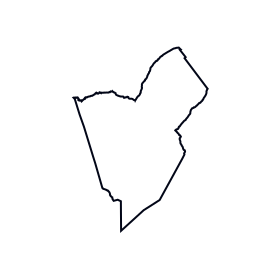 the district of Arrecifes, Buenos Aires, Argentina, rotated 207°
{"feature_id": "61730980B34566458401394", "entity_name": "Arrecifes", "entity_type": "district", "adm_level": 2, "iso_a3": "ARG", "parent_name": "Argentina", "parent_adm1": "Buenos Aires", "projection": "equal_earth", "projection_center": [-60.001, -34.007], "detail": "fine", "context": "isolated", "style": "outline", "palette": "ink", "viewbox_px": 256, "rotation_deg": 207, "n_neighbors": 0, "source": "geoboundaries", "source_scale": "gbopen_adm2", "svg_char_len": 5572}
<svg xmlns="http://www.w3.org/2000/svg" viewBox="0 0 256 256"><g transform="rotate(207 128 128)"><path d="M65.7,130.0L65.9,130.3L66.4,130.7L66.5,131.2L66.4,132.1L66.4,132.6L66.5,133.0L66.8,133.3L67.0,133.6L67.3,133.9L67.6,133.9L68.1,133.8L68.5,133.9L68.7,134.1L69.3,134.4L70.1,135.3L71.0,136.2L72.2,136.7L72.4,136.9L72.6,137.2L72.9,137.4L73.9,137.9L74.5,138.4L75.2,139.8L75.5,140.1L76.2,140.8L76.5,141.0L76.7,141.3L77.0,141.6L77.2,142.1L77.3,142.5L77.2,142.8L77.0,143.0L77.0,143.3L77.1,143.6L77.0,143.8L77.0,144.2L77.5,144.3L77.6,144.5L77.7,144.8L78.2,145.1L78.9,145.1L79.1,145.0L79.3,145.0L79.8,145.4L80.3,145.8L80.6,146.0L81.3,146.0L81.9,146.3L82.3,146.5L82.7,146.6L82.9,146.8L83.2,146.9L83.5,146.9L84.0,147.1L84.8,147.3L84.8,147.5L84.3,148.6L84.1,148.9L83.5,149.3L83.2,149.6L83.0,150.0L83.1,150.6L83.1,150.9L82.9,151.3L83.2,152.0L83.2,152.3L82.6,153.0L82.6,153.6L82.3,155.4L82.2,156.1L82.0,156.5L82.0,156.9L81.8,157.3L81.7,158.0L81.5,158.4L81.4,159.2L81.3,159.5L81.0,160.3L80.8,160.7L80.4,161.0L80.3,161.4L80.3,162.7L80.2,163.0L80.0,163.7L79.9,164.0L79.8,164.5L79.6,166.3L79.6,166.8L79.5,167.2L79.2,168.2L79.1,168.7L79.1,169.2L79.4,169.9L79.8,170.8L79.9,171.6L80.1,172.2L80.1,172.8L79.9,173.9L79.8,174.7L79.0,175.4L78.8,176.2L78.5,176.3L78.2,176.4L77.6,177.4L77.1,178.9L76.8,179.3L76.7,179.6L76.6,180.4L76.4,180.7L76.1,181.6L76.0,182.0L76.0,182.4L75.8,182.7L75.1,183.2L75.0,183.4L75.0,183.9L74.8,184.3L74.7,185.0L74.4,185.4L74.2,186.3L74.2,186.6L74.3,187.0L74.0,187.4L74.0,187.9L74.1,188.2L74.1,189.5L74.0,189.9L73.9,190.3L73.9,190.7L73.8,191.5L73.7,192.1L73.8,193.9L73.9,194.5L74.2,195.3L74.4,195.7L74.8,196.4L74.8,197.2L74.9,197.4L74.9,197.8L74.9,198.2L75.0,198.4L75.0,198.6L75.0,198.9L74.9,199.1L109.3,215.9L108.8,217.3L117.3,221.2L116.7,221.9L119.3,222.7L119.8,222.3L121.0,221.6L121.6,221.1L121.9,220.7L123.4,219.5L123.8,218.9L124.4,218.0L124.7,217.4L125.3,216.6L126.0,215.3L126.3,215.0L126.8,214.3L128.3,211.9L128.7,211.2L129.7,209.6L130.0,209.0L130.2,208.0L130.5,207.5L130.6,207.3L130.8,207.3L130.9,206.9L131.3,206.3L131.5,205.9L131.7,204.6L131.7,204.1L131.8,203.8L131.9,203.6L132.1,203.4L132.4,203.0L132.5,202.5L132.3,202.0L132.5,201.3L132.9,200.7L133.2,200.7L133.7,199.7L133.7,199.2L133.7,198.8L133.8,198.5L134.1,198.1L134.2,197.6L134.4,196.8L134.4,195.9L134.6,194.2L135.1,192.5L135.2,191.5L134.6,190.1L134.4,189.0L134.3,188.3L134.5,187.9L134.6,187.4L134.3,186.5L134.3,186.0L134.5,185.3L134.4,185.1L134.4,184.3L134.5,183.5L134.2,182.7L134.1,181.1L134.1,180.4L134.5,179.3L134.7,179.0L134.6,178.8L134.4,178.1L134.7,177.8L134.7,177.3L134.8,177.0L134.9,176.7L135.1,176.1L135.2,175.4L135.5,174.5L135.5,173.6L135.4,173.1L134.8,172.1L134.7,171.7L134.5,171.1L134.4,170.8L133.9,170.4L133.8,170.1L133.7,169.7L133.5,169.4L133.5,169.1L133.4,166.9L133.4,166.7L133.2,166.4L133.1,165.9L132.9,165.7L132.8,165.1L132.7,164.8L132.9,164.4L132.9,164.1L132.7,163.6L132.8,162.2L132.9,161.8L133.1,161.6L133.3,161.3L133.8,159.5L133.8,158.9L134.0,156.4L134.1,156.1L134.1,155.9L134.2,156.0L134.6,155.9L135.3,155.6L135.5,155.6L136.4,155.8L137.3,155.9L138.4,155.6L139.4,155.0L140.1,154.8L140.7,154.8L140.9,154.8L141.3,155.1L141.5,155.3L141.8,155.7L142.5,155.6L142.9,155.5L143.2,154.9L143.3,154.7L144.0,154.3L144.0,154.2L144.4,153.8L144.7,153.4L145.1,153.3L145.2,153.2L145.3,153.3L145.6,153.3L146.0,153.6L146.2,153.8L146.6,153.8L147.1,153.6L148.8,152.7L149.3,152.7L149.5,152.6L150.2,152.4L151.0,152.4L151.5,152.2L151.9,152.3L152.4,152.2L153.0,152.2L153.6,152.2L153.8,152.3L154.2,152.6L154.4,152.8L154.6,153.0L154.8,153.3L155.1,153.2L155.4,153.4L155.7,153.5L156.1,153.4L156.4,153.4L156.8,153.3L157.2,153.5L157.8,153.4L158.0,153.5L158.6,153.7L158.6,153.2L159.5,152.9L160.1,152.7L160.3,151.7L160.6,151.5L160.8,151.5L161.0,151.5L161.1,151.3L161.5,150.7L161.8,150.5L163.0,150.0L163.8,149.5L164.2,149.3L164.7,148.9L165.3,148.8L165.6,148.6L166.1,148.1L166.3,148.0L166.9,147.8L167.4,147.5L167.6,147.5L167.8,147.4L167.8,147.0L167.8,146.8L168.2,146.8L168.3,146.9L169.1,147.0L169.4,147.0L169.6,146.9L169.6,146.1L170.2,145.0L170.4,144.9L170.8,145.2L171.8,145.1L172.0,144.4L172.3,144.4L172.5,144.6L172.9,143.6L172.9,143.1L173.0,142.7L173.5,142.3L173.6,142.1L173.8,141.6L174.1,141.1L174.3,141.0L174.4,140.9L174.5,140.5L174.6,140.3L174.8,140.2L175.0,140.2L175.5,139.9L175.7,139.7L176.0,139.1L176.5,138.8L177.2,138.1L177.4,138.1L177.6,137.9L178.0,137.5L178.4,136.7L178.8,136.6L179.2,136.5L179.4,136.4L179.8,136.0L180.1,135.3L180.1,135.0L180.1,134.8L179.9,134.5L179.8,134.4L179.6,134.4L179.7,134.1L180.3,133.9L180.5,133.5L180.7,132.7L181.0,132.2L181.1,131.9L181.3,130.9L181.4,130.7L181.5,130.8L182.0,131.6L182.7,131.2L182.8,131.0L182.9,130.8L183.0,130.7L183.4,130.9L183.5,130.9L183.7,130.6L183.8,130.5L184.1,130.7L184.3,130.7L184.7,130.3L185.0,130.4L185.0,130.6L185.0,131.3L185.5,131.4L185.6,131.8L186.3,131.9L186.4,132.1L186.5,132.3L186.8,132.4L187.4,132.1L187.7,131.5L188.1,131.5L188.7,131.3L188.8,131.0L188.7,130.8L188.7,130.7L188.8,130.6L189.4,130.8L190.0,130.6L190.3,130.3L188.5,129.6L177.3,118.1L167.8,109.1L146.3,86.9L141.0,81.5L123.6,62.9L123.0,62.8L122.9,62.7L122.6,62.8L122.2,62.6L120.8,62.9L120.0,62.9L119.1,63.1L118.8,62.9L118.6,62.9L118.2,63.0L117.9,62.9L117.7,63.1L117.3,62.9L117.0,63.0L116.2,62.5L115.6,62.4L114.7,61.7L114.2,61.2L114.0,60.8L113.8,60.6L113.7,60.2L113.3,60.0L113.0,59.9L112.5,59.4L112.4,59.4L111.9,59.4L111.3,59.1L111.2,59.1L110.7,58.9L110.5,59.0L110.3,58.7L110.1,58.5L109.9,58.3L109.9,58.2L109.7,57.8L109.4,57.7L109.0,57.3L107.7,56.6L104.6,59.4L101.1,59.5L87.5,33.3L84.8,40.4L76.7,61.9L67.1,78.2L65.7,125.3L65.7,130.0Z" fill="none" stroke="#020617" stroke-width="2"/></g></svg>